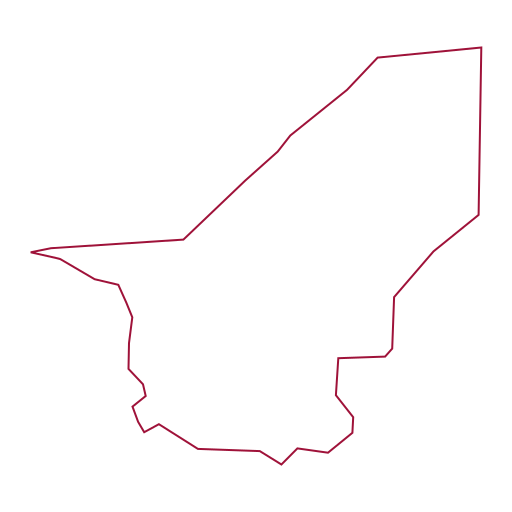 Ayérou, Tillabéri, Niger (Robinson projection)
{"feature_id": "23599985B66518443893936", "entity_name": "Ayérou", "entity_type": "district", "adm_level": 2, "iso_a3": "NER", "parent_name": "Niger", "parent_adm1": "Tillabéri", "projection": "robinson", "projection_center": [1.048, 14.94], "detail": "fine", "context": "isolated", "style": "outline", "palette": "rose", "viewbox_px": 512, "rotation_deg": 0, "n_neighbors": 0, "source": "geoboundaries", "source_scale": "gbopen_adm2", "svg_char_len": 575}
<svg xmlns="http://www.w3.org/2000/svg" viewBox="0 0 512 512"><path d="M144.2,432.2L158.9,424.2L197.9,448.9L259.8,451.1L281.4,464.5L297.4,448.4L328.0,452.7L352.4,432.8L353.2,417.2L335.9,395.2L338.3,358.2L385.1,356.6L392.2,348.6L394.1,297.1L433.5,251.4L478.6,214.9L481.3,47.5L377.6,57.6L347.1,89.8L290.3,135.5L277.7,151.6L245.3,180.5L183.4,239.6L51.0,248.2L30.7,252.3L56.1,258.0L60.3,259.1L94.6,279.2L118.3,284.8L126.3,302.6L132.3,317.3L129.0,343.1L128.5,368.9L143.0,384.3L145.7,396.0L132.5,406.6L138.1,421.8L144.2,432.2Z" fill="none" stroke="#9f1239" stroke-width="2"/></svg>